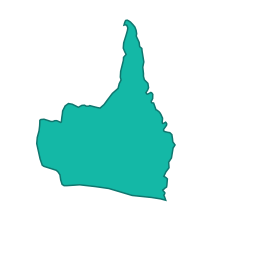 outline of Gadzi, Mambéré-Kadéï, Central African Republic, rotated 218°
{"feature_id": "33826404B47432472160828", "entity_name": "Gadzi", "entity_type": "district", "adm_level": 2, "iso_a3": "CAF", "parent_name": "Central African Republic", "parent_adm1": "Mambéré-Kadéï", "projection": "robinson", "projection_center": [16.692, 4.858], "detail": "fine", "context": "isolated", "style": "filled", "palette": "teal", "viewbox_px": 256, "rotation_deg": 218, "n_neighbors": 0, "source": "geoboundaries", "source_scale": "gbopen_adm2", "svg_char_len": 2109}
<svg xmlns="http://www.w3.org/2000/svg" viewBox="0 0 256 256"><g transform="rotate(218 128 128)"><path d="M166.1,199.2L168.9,199.3L171.9,202.3L178.1,205.5L179.2,207.6L181.8,210.0L184.8,211.8L187.9,212.5L191.3,213.0L193.7,212.8L195.0,212.5L196.0,211.4L196.0,210.8L195.6,209.3L195.1,208.0L194.5,206.6L193.9,207.5L192.3,208.2L189.8,206.8L188.5,204.5L186.7,200.1L183.8,192.4L180.9,188.0L177.5,186.1L174.8,184.8L175.0,180.9L173.3,178.5L168.7,168.2L165.4,163.4L163.0,161.5L162.2,157.5L160.2,153.1L161.6,145.7L161.5,138.3L161.4,134.9L161.3,131.7L162.3,126.5L164.6,125.3L168.4,123.6L171.9,122.1L172.5,120.9L174.3,119.5L176.3,119.2L178.3,117.4L179.9,113.7L182.3,113.3L186.6,112.4L190.0,110.6L191.1,106.7L190.4,103.1L190.0,101.2L188.4,98.7L187.0,96.2L185.8,94.2L184.3,91.8L184.5,90.9L186.8,90.4L188.7,89.9L190.1,88.8L191.2,86.9L192.9,85.6L194.2,85.2L199.6,83.2L201.9,81.0L202.2,79.8L200.8,77.9L198.9,75.2L196.3,70.9L193.7,64.7L190.3,59.5L178.2,49.5L172.7,45.9L170.7,46.0L162.1,49.2L158.5,50.5L156.0,50.3L152.8,49.2L149.0,45.6L145.2,43.0L142.9,43.2L140.5,45.1L131.1,53.5L117.9,61.6L105.9,68.5L83.2,77.4L66.8,87.7L58.7,92.2L53.8,94.3L56.7,96.2L58.4,97.1L58.6,98.8L59.0,99.6L60.6,100.0L61.9,100.2L62.4,100.4L62.5,100.7L62.0,102.1L61.9,103.3L61.3,105.2L62.2,106.9L65.6,112.1L67.3,112.3L68.8,112.2L70.0,112.0L71.1,116.7L71.2,121.9L74.9,126.1L75.3,131.1L80.1,139.9L80.5,143.6L84.2,144.7L86.5,147.1L89.4,149.8L92.2,150.1L94.1,149.0L95.7,148.3L96.4,147.9L98.0,147.7L98.8,148.3L99.1,149.0L99.3,153.8L100.0,155.1L101.5,155.7L102.0,155.7L102.6,154.0L102.9,153.5L103.6,152.9L104.8,153.8L105.9,155.7L106.9,157.1L108.1,157.7L110.1,158.8L111.6,159.4L112.5,159.7L113.7,159.9L116.3,159.9L117.2,159.6L123.1,163.4L123.8,163.2L124.2,162.7L124.9,162.5L125.2,162.5L126.3,163.6L126.3,164.5L126.7,166.4L129.2,169.8L130.6,170.2L131.1,170.3L131.9,170.1L132.2,169.6L132.4,168.8L132.9,167.8L133.4,166.8L133.5,166.6L134.2,166.4L134.6,166.5L135.7,167.0L135.7,167.5L135.9,169.9L136.6,172.4L139.8,175.4L144.8,176.1L147.6,178.2L149.3,180.4L153.8,185.0L156.2,189.8L164.3,197.3L166.1,199.2Z" fill="#14b8a6" stroke="#0f766e" stroke-width="1.5"/></g></svg>